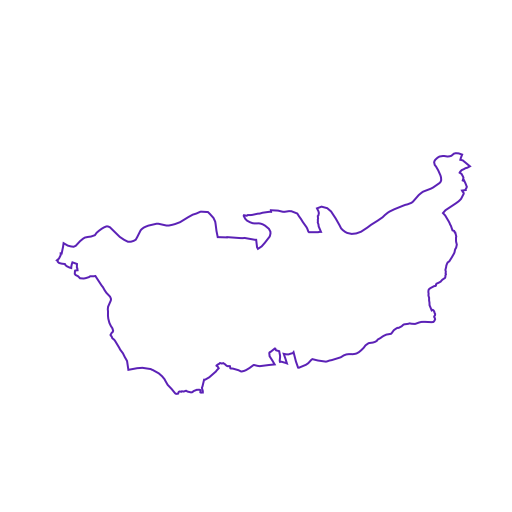 Noslac, Alba, Romania (Robinson projection), rotated 16°
{"feature_id": "2599482B66664131902378", "entity_name": "Noslac", "entity_type": "district", "adm_level": 2, "iso_a3": "ROU", "parent_name": "Romania", "parent_adm1": "Alba", "projection": "robinson", "projection_center": [23.98, 46.411], "detail": "fine", "context": "isolated", "style": "outline", "palette": "violet", "viewbox_px": 512, "rotation_deg": 16, "n_neighbors": 0, "source": "geoboundaries", "source_scale": "gbopen_adm2", "svg_char_len": 6117}
<svg xmlns="http://www.w3.org/2000/svg" viewBox="0 0 512 512"><g transform="rotate(16 256 256)"><path d="M211.4,407.0L216.0,410.2L216.7,410.5L217.8,410.4L219.1,409.7L219.1,408.6L219.2,408.0L219.7,407.4L220.2,407.2L221.6,407.1L222.0,406.5L223.9,406.2L225.9,404.8L227.6,405.2L231.2,405.0L232.4,404.4L233.2,403.1L236.0,400.9L238.4,400.2L239.3,400.2L239.7,400.7L240.1,402.4L240.7,402.5L242.5,401.9L242.1,400.5L240.7,398.3L240.3,397.4L240.5,396.3L240.2,389.2L241.2,388.9L244.5,385.5L249.4,377.9L249.6,377.1L251.1,374.2L249.7,372.9L248.3,372.4L248.2,372.2L249.2,370.8L250.3,369.8L250.9,368.8L252.8,368.8L254.1,368.0L254.9,368.3L255.8,368.5L257.3,369.3L258.5,369.7L259.5,369.7L260.2,369.3L261.3,369.1L262.3,371.0L262.6,371.1L264.8,370.6L267.6,370.6L270.6,370.6L273.4,371.1L274.2,370.9L276.3,369.7L277.9,368.4L280.6,365.5L283.7,361.5L284.2,361.3L287.5,361.2L289.9,360.9L298.5,357.2L303.8,355.1L301.0,352.4L296.7,348.6L295.5,345.6L295.7,344.7L296.4,344.2L299.6,339.7L300.1,339.7L300.7,340.6L301.3,341.1L304.5,341.1L306.5,344.9L307.0,346.4L307.7,350.3L308.3,351.2L309.2,350.7L309.9,350.6L314.2,350.6L315.3,350.7L312.8,346.9L309.6,342.4L312.2,342.2L314.4,341.6L316.6,340.1L318.1,339.3L318.6,338.1L323.4,346.3L327.2,351.7L328.0,351.6L334.0,346.8L335.8,344.6L337.8,340.6L338.6,339.6L344.3,339.4L352.3,338.3L353.4,337.7L355.5,336.2L357.5,335.2L364.8,330.4L365.6,329.8L367.7,327.4L370.0,325.7L372.4,324.7L376.1,323.7L378.1,322.8L379.5,322.0L381.4,320.1L383.1,317.6L384.8,314.6L385.9,311.7L387.8,309.3L388.5,308.6L392.2,307.0L394.0,305.8L395.5,304.3L395.9,303.1L396.2,302.6L398.2,300.6L399.6,298.8L400.7,297.6L403.0,295.6L407.2,293.6L407.7,292.7L408.9,289.4L410.3,287.6L411.7,286.1L412.9,285.8L415.4,283.4L416.4,281.7L417.2,280.9L420.9,279.3L422.3,278.4L423.9,278.3L427.1,277.6L427.9,277.3L431.2,274.9L433.1,273.8L436.3,272.8L443.1,271.2L444.7,270.5L445.1,269.8L445.4,268.8L445.6,267.4L445.0,266.4L444.0,265.4L444.0,264.7L444.4,263.7L444.2,262.4L443.2,261.3L442.6,260.2L441.5,259.3L440.7,259.1L439.9,259.9L436.4,255.5L435.6,253.0L434.6,250.9L433.9,248.4L433.1,247.2L432.5,246.0L432.4,244.9L431.6,243.1L431.3,241.6L431.3,240.7L431.6,240.0L432.5,238.8L435.6,235.8L436.7,235.4L437.0,235.1L437.1,234.8L436.9,233.9L437.1,232.9L438.9,231.4L440.6,229.7L441.1,228.5L441.7,227.4L443.7,225.0L443.8,224.4L443.7,223.4L443.4,222.3L443.6,221.6L443.6,221.1L443.0,220.4L442.8,218.8L441.9,217.2L441.8,214.0L441.6,213.0L441.7,211.2L442.0,209.4L443.3,207.8L443.4,207.4L444.6,203.3L445.7,198.8L445.8,197.5L445.6,195.5L445.7,194.2L446.1,192.9L445.9,189.7L444.4,187.1L444.0,186.0L443.1,182.8L443.2,182.3L443.1,182.0L441.1,178.5L440.6,178.6L439.6,177.3L437.8,177.2L435.0,173.2L433.9,172.2L433.1,171.1L431.8,169.7L426.7,164.9L423.9,163.2L425.5,159.8L433.6,150.3L435.7,147.6L436.8,145.7L437.4,144.5L438.5,138.9L438.3,138.3L437.9,137.8L437.0,137.3L436.0,136.3L439.4,134.8L439.1,134.2L439.5,132.7L439.6,131.4L437.3,128.4L435.2,126.0L434.8,126.5L433.9,126.4L433.9,124.1L433.8,123.5L432.9,122.4L430.9,120.4L428.8,119.8L429.0,118.8L430.0,116.8L432.0,115.1L433.1,113.9L434.8,112.9L436.9,110.8L428.4,107.1L425.9,107.2L425.9,104.9L426.2,101.7L422.5,101.5L419.7,102.1L418.0,103.1L416.2,105.8L414.8,106.7L412.7,107.6L409.4,108.0L408.0,108.4L405.0,109.8L404.0,110.8L403.2,111.8L401.8,114.1L401.4,115.6L401.4,116.8L402.7,119.2L404.4,120.4L407.5,123.4L411.1,127.7L412.2,129.5L413.1,132.0L413.1,133.0L412.8,134.4L412.2,135.4L407.3,141.4L405.5,143.1L399.0,148.0L398.2,148.9L396.8,150.8L395.6,152.6L391.9,160.5L390.8,162.0L387.4,164.6L385.4,165.7L383.4,167.2L376.0,173.0L372.1,176.5L370.7,178.1L368.6,181.1L367.0,183.9L363.3,188.4L358.0,194.3L355.2,198.0L350.3,203.7L346.1,206.7L341.9,208.4L337.3,208.7L335.2,208.3L332.3,207.2L330.2,206.0L327.7,203.3L322.3,198.0L315.9,192.5L311.3,190.4L305.4,190.5L301.5,193.4L303.7,195.8L304.6,197.4L304.8,199.8L304.4,200.6L305.4,203.1L305.4,204.2L305.9,205.3L306.1,206.7L307.3,208.4L308.1,210.3L311.8,214.9L309.9,215.5L309.2,216.0L300.4,218.5L299.6,218.1L297.6,215.4L296.5,214.3L291.6,210.4L289.1,208.1L286.3,205.9L284.0,203.8L277.6,203.2L275.3,203.8L271.2,205.7L269.5,206.1L264.7,206.3L257.7,207.9L258.3,209.4L256.7,209.8L250.4,212.6L247.9,214.2L246.1,214.8L241.1,217.5L239.9,218.0L236.8,218.9L236.5,219.2L236.3,219.6L235.8,219.9L233.2,220.1L233.1,220.8L235.4,223.2L237.7,224.5L241.0,225.2L243.6,225.4L245.6,225.1L249.8,223.8L251.6,223.6L253.7,223.7L256.3,224.3L260.9,226.3L263.1,228.6L263.7,230.3L263.8,231.9L263.8,233.5L260.8,241.0L258.8,245.2L255.9,248.6L254.6,247.3L251.7,240.4L250.7,240.7L240.0,241.8L238.4,242.5L236.5,243.0L223.1,245.8L223.1,246.1L214.0,248.4L211.1,242.8L208.3,236.3L207.3,234.2L204.6,231.1L200.1,228.3L197.7,227.0L191.1,228.5L190.3,228.8L187.0,231.6L183.8,233.7L180.1,237.4L173.7,244.4L169.4,247.6L166.9,249.1L163.9,250.7L161.4,251.4L153.3,251.9L151.5,252.4L144.1,256.5L141.9,258.2L140.2,259.7L138.6,261.9L138.0,263.2L136.6,270.6L135.9,273.5L134.2,275.2L131.9,276.7L129.0,277.6L124.8,276.8L119.8,275.2L107.6,268.6L105.4,268.4L104.0,268.8L102.0,270.4L100.1,272.4L98.1,275.0L96.4,277.6L95.4,280.4L92.0,282.8L89.2,284.0L86.5,285.4L85.0,287.0L82.8,290.2L79.9,295.9L78.1,297.4L75.5,297.8L72.2,297.9L67.5,296.7L68.0,300.4L68.5,307.2L67.5,307.3L68.0,309.1L67.3,312.8L65.9,314.9L66.7,315.0L66.8,316.0L67.4,316.4L68.4,316.9L68.9,317.0L71.4,316.9L74.5,316.4L74.7,316.7L75.6,317.4L77.0,318.0L79.9,318.5L81.7,318.5L81.3,316.4L81.2,314.2L81.3,312.7L86.1,313.0L86.8,315.8L87.1,316.7L87.6,317.0L88.4,318.9L86.2,319.8L86.1,320.3L86.7,323.1L87.8,324.0L90.5,324.5L93.0,325.9L96.4,325.2L97.5,324.7L98.6,324.1L101.3,322.3L102.2,321.2L105.4,320.3L107.1,319.5L115.8,327.0L117.5,328.2L119.9,330.6L122.3,332.6L126.9,335.3L127.9,336.5L128.5,337.4L128.7,338.8L127.8,345.5L128.2,348.0L129.0,350.0L130.2,354.3L131.3,357.0L133.5,360.7L135.7,363.2L137.9,365.1L139.3,367.3L139.2,368.6L138.5,369.5L137.9,372.0L138.3,372.5L139.4,373.1L140.5,374.6L142.8,375.6L144.1,376.6L149.7,381.8L151.2,383.4L154.9,386.2L157.9,389.5L159.2,390.7L161.0,392.5L164.7,400.6L172.7,396.6L177.6,394.8L186.0,393.7L187.1,394.0L188.0,394.0L194.9,395.6L198.9,397.5L202.1,399.7L203.0,400.7L206.6,404.2L211.4,407.0Z" fill="none" stroke="#5b21b6" stroke-width="2"/></g></svg>